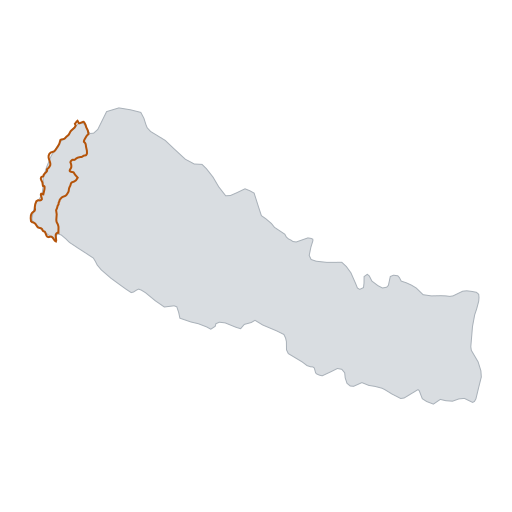 where Mahakali sits in Nepal
{"feature_id": "NPL-1128", "entity_name": "Mahakali", "entity_type": "Administrative Zone", "adm_level": 1, "iso_a3": "NPL", "parent_name": "Nepal", "parent_adm1": "", "projection": "equal_earth", "projection_center": [80.565, 29.386], "detail": "fine", "context": "in_parent", "style": "outline", "palette": "amber", "viewbox_px": 512, "rotation_deg": 0, "n_neighbors": 0, "source": "natural_earth", "source_scale": "10m", "svg_char_len": 4951}
<svg xmlns="http://www.w3.org/2000/svg" viewBox="0 0 512 512"><path d="M476.4,292.3L478.7,294.3L479.0,297.6L478.7,301.2L476.6,309.1L474.7,314.7L472.5,326.4L470.8,346.7L471.3,350.3L478.1,361.9L480.9,370.9L481.3,377.0L478.7,387.3L475.9,398.9L474.4,401.5L472.6,402.4L464.4,398.4L458.9,398.9L452.5,401.2L445.8,400.7L440.3,399.4L433.4,404.1L426.6,401.5L422.3,398.7L419.2,390.6L418.0,389.6L404.1,398.0L400.7,398.5L391.9,394.0L384.6,389.5L381.9,388.2L375.0,386.4L368.8,385.4L361.9,382.6L353.6,386.3L350.2,386.0L347.0,383.3L345.2,377.9L344.7,372.8L341.8,369.3L337.4,368.5L331.2,371.6L322.2,375.8L319.3,375.1L316.6,373.9L315.6,372.8L314.3,368.0L312.8,366.9L310.7,366.8L307.0,365.6L302.3,362.0L288.3,353.6L286.5,349.8L286.4,341.6L285.6,338.1L283.9,334.5L276.7,330.9L262.7,325.0L255.0,320.3L251.3,322.5L244.3,324.4L240.6,328.7L236.0,327.3L225.2,322.9L219.4,322.2L215.9,323.7L215.2,326.3L210.8,329.2L206.6,326.9L198.3,323.7L191.0,322.0L179.9,318.2L178.7,312.5L176.8,306.8L174.1,305.8L164.3,307.0L155.2,300.7L145.5,292.7L141.3,290.1L138.6,289.1L136.3,290.2L133.6,292.0L131.2,292.6L125.9,289.1L119.1,284.2L110.9,278.2L101.2,269.8L97.2,265.0L95.4,261.4L93.4,258.1L85.0,252.6L78.3,248.3L70.3,243.0L69.0,242.0L65.9,238.9L61.3,235.0L57.5,233.8L56.3,236.0L55.4,238.3L52.0,237.7L46.9,233.7L41.5,229.6L37.3,225.7L32.9,221.7L31.9,218.8L33.7,209.7L36.2,201.9L38.4,200.2L41.9,195.0L43.2,186.0L43.1,178.3L46.5,167.4L51.2,155.8L59.2,143.5L62.7,139.4L66.6,136.6L74.0,127.5L75.6,126.0L78.8,123.6L82.0,123.0L84.4,124.2L86.9,128.9L89.9,133.5L93.6,133.2L97.8,129.4L106.6,111.6L118.9,107.9L130.5,109.8L140.8,112.4L143.9,118.3L145.9,124.6L147.2,127.8L150.6,131.5L165.2,140.4L173.7,148.5L185.4,159.3L194.2,164.0L202.0,164.4L206.4,168.7L213.0,177.1L218.7,186.8L225.7,195.8L230.5,195.5L237.1,192.6L245.0,188.8L249.7,190.7L254.1,193.1L255.6,197.8L258.4,206.6L261.4,215.7L266.0,218.9L271.5,223.6L274.5,227.4L284.8,234.2L286.3,237.0L288.4,238.9L290.9,240.1L292.9,241.5L296.2,242.0L307.9,237.9L311.0,238.4L312.8,239.2L312.9,240.7L310.9,247.1L309.2,255.4L311.1,259.5L316.1,261.2L327.0,262.4L341.8,262.3L346.3,266.5L350.9,272.8L355.6,283.5L357.4,288.0L359.7,289.4L363.5,287.6L364.0,283.2L364.1,276.6L367.3,274.3L369.3,276.0L371.9,281.1L378.0,285.7L382.5,288.0L386.7,287.2L388.4,285.4L390.3,276.5L393.6,275.2L397.8,275.8L399.4,277.6L401.2,281.1L406.3,282.8L411.4,285.1L416.2,288.0L423.1,294.7L431.3,295.9L440.9,295.7L445.9,295.9L449.7,296.4L453.0,295.9L462.7,291.2L466.7,290.8L471.7,291.4L476.4,292.3Z" fill="#d9dde1" stroke="#a8b0b8" stroke-width="1"/><path d="M83.6,121.8L84.2,122.4L84.9,123.6L85.6,125.0L86.3,127.4L87.5,129.8L87.9,130.9L88.5,134.1L87.3,135.1L86.5,136.1L84.9,138.8L84.1,140.4L83.9,141.3L83.9,141.8L84.2,142.1L84.6,142.4L85.0,142.9L85.4,143.5L85.6,144.1L85.8,144.9L86.0,146.6L86.9,150.7L87.0,153.2L86.6,154.4L86.0,155.2L85.3,155.4L84.1,155.6L83.7,155.7L82.0,156.8L81.5,157.0L81.0,157.0L80.5,157.0L80.0,157.1L77.9,157.6L76.3,158.4L75.2,159.4L74.5,159.8L73.8,159.9L72.9,159.7L72.2,159.9L70.8,161.2L70.6,161.6L70.4,162.3L70.6,162.7L70.8,163.4L71.1,164.2L71.3,165.4L71.3,167.1L71.0,167.9L70.7,168.6L70.1,169.3L69.7,170.4L69.8,171.1L70.4,171.6L71.9,172.0L73.1,172.2L73.4,172.3L73.7,172.5L73.8,172.7L75.0,174.6L77.7,177.7L76.0,180.3L74.2,181.5L71.8,182.4L71.0,183.3L70.3,185.7L69.5,187.2L69.1,188.3L68.9,189.3L68.8,190.2L68.5,191.7L67.8,192.9L66.8,194.5L66.1,195.3L65.3,195.9L62.7,196.9L61.7,197.5L60.2,199.2L59.6,200.1L59.4,201.1L59.3,201.6L58.9,202.2L58.7,202.6L58.5,204.5L57.7,205.6L57.4,206.7L57.0,208.2L56.1,210.2L56.7,214.3L56.3,219.8L56.4,220.7L56.5,221.5L56.6,221.9L56.9,222.6L57.7,224.1L58.0,224.9L58.4,226.4L58.5,227.3L58.4,232.6L58.4,232.8L57.5,232.7L56.4,233.5L55.8,234.5L55.7,235.7L56.2,240.4L55.9,241.4L54.8,240.7L52.5,237.4L51.5,236.7L50.4,236.6L49.3,237.0L48.3,237.1L47.2,236.6L46.5,235.7L45.0,232.0L44.6,231.6L43.6,231.3L43.2,231.1L42.7,230.5L42.2,229.3L41.9,228.9L40.9,228.2L39.0,227.8L37.9,227.4L37.2,226.6L35.3,223.7L33.5,222.5L33.1,222.4L32.1,222.2L31.0,221.2L30.7,218.2L30.8,216.8L30.9,215.4L31.3,214.2L32.0,213.0L32.8,212.2L33.7,211.6L34.5,210.9L35.0,209.7L34.8,207.2L35.3,204.0L36.4,201.2L38.1,200.2L39.0,200.4L40.1,200.4L41.2,200.0L41.9,199.1L41.7,197.9L40.8,194.9L41.1,193.8L42.1,193.7L42.7,194.3L43.3,194.4L44.4,189.6L44.6,187.9L44.5,186.5L44.1,186.1L43.6,186.2L43.1,186.1L42.8,185.3L42.4,182.4L41.2,180.0L40.8,178.7L41.1,177.4L41.6,176.9L43.2,176.3L43.6,175.6L43.7,174.7L44.1,174.2L44.6,173.8L45.1,173.1L46.2,172.1L46.7,171.5L47.1,170.8L47.1,170.5L47.0,170.1L46.9,169.6L47.1,169.1L47.4,168.8L48.1,168.4L48.4,168.1L49.6,166.5L50.3,165.0L50.3,163.4L49.8,161.5L49.1,159.5L48.6,157.7L48.6,155.8L49.4,153.8L50.8,152.5L54.1,151.4L55.2,150.3L58.0,146.2L59.3,143.9L60.0,141.3L60.4,140.0L61.3,139.5L63.2,139.2L64.3,138.8L65.0,138.3L66.4,136.7L68.3,135.2L68.9,134.5L70.5,131.4L71.3,130.5L74.6,127.6L75.7,125.7L74.9,123.8L75.7,122.9L76.6,121.6L77.5,120.8L78.1,121.7L78.6,123.0L79.5,123.3L83.2,121.8L83.6,121.8Z" fill="none" stroke="#b45309" stroke-width="2"/></svg>